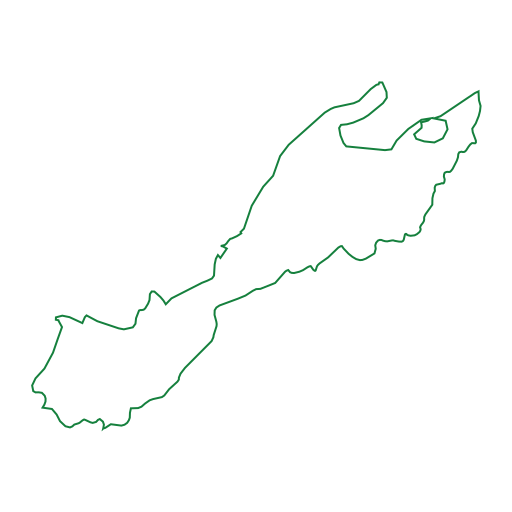 the border of Vlorë, rotated 92°
{"feature_id": "ALB-1504", "entity_name": "Vlorë", "entity_type": "County", "adm_level": 1, "iso_a3": "ALB", "parent_name": "Albania", "parent_adm1": "", "projection": "robinson", "projection_center": [19.787, 40.148], "detail": "fine", "context": "isolated", "style": "outline", "palette": "green", "viewbox_px": 512, "rotation_deg": 92, "n_neighbors": 0, "source": "natural_earth", "source_scale": "10m", "svg_char_len": 3574}
<svg xmlns="http://www.w3.org/2000/svg" viewBox="0 0 512 512"><g transform="rotate(92 256 256)"><path d="M433.8,402.7L433.3,402.6L429.8,402.1L426.9,403.2L424.4,406.4L425.3,408.2L427.4,410.0L428.5,413.4L428.0,415.6L425.8,420.8L425.4,422.1L426.3,423.6L428.9,426.6L429.5,427.9L430.8,431.7L432.7,433.6L433.8,435.9L432.8,440.5L427.9,446.1L421.4,449.7L416.0,454.6L415.0,464.0L411.9,462.3L408.8,461.3L405.8,461.3L403.0,462.3L400.2,465.2L399.8,468.5L400.0,471.6L398.8,473.9L393.2,475.2L386.0,472.1L375.9,463.5L359.7,455.5L345.7,451.2L333.8,447.4L328.1,450.8L327.1,451.2L326.7,453.8L324.3,453.8L322.4,447.5L323.6,440.3L329.1,427.2L323.1,424.9L321.3,423.3L326.7,412.3L333.1,390.7L333.9,385.5L331.6,376.6L327.9,374.1L322.4,373.7L314.6,371.0L314.1,369.9L314.0,368.2L313.6,366.4L312.2,364.9L307.4,362.2L303.8,360.9L297.8,360.7L295.1,359.0L295.1,356.3L300.3,350.1L303.8,346.9L307.4,344.5L301.3,339.0L284.7,309.1L282.4,303.8L280.0,299.2L277.1,297.3L265.8,297.0L260.2,296.0L256.4,294.1L259.2,291.5L249.6,285.4L248.2,288.2L247.6,289.4L247.2,291.5L246.1,287.6L244.4,285.8L242.2,284.4L239.8,282.4L239.3,280.7L236.8,275.7L233.9,271.5L232.6,272.3L229.1,269.0L205.9,262.0L186.5,251.2L175.2,241.7L155.3,235.4L143.7,227.2L110.3,192.3L106.4,186.4L104.7,182.8L99.9,163.7L97.4,158.5L85.1,147.1L80.8,141.7L80.2,140.0L80.2,139.5L78.2,138.8L78.2,135.8L87.6,131.3L93.3,130.8L98.8,134.4L111.3,148.6L114.6,153.4L119.3,163.5L121.2,169.7L122.0,175.6L125.2,177.4L132.6,175.8L140.0,172.5L143.3,169.6L145.7,130.8L144.7,124.4L135.7,119.5L123.7,108.2L114.1,95.4L112.3,86.2L114.7,88.9L115.7,92.0L116.6,95.7L119.5,95.0L122.1,95.0L128.9,102.2L133.3,99.9L135.6,91.9L136.3,81.7L131.9,73.4L122.7,69.0L114.2,71.2L112.3,83.0L109.8,76.4L85.5,42.9L83.7,39.4L83.8,39.4L92.6,38.6L98.2,36.8L103.3,37.2L108.3,38.3L115.8,41.0L121.2,44.3L124.7,43.7L133.0,40.3L134.9,40.2L135.7,40.9L135.7,42.1L135.6,43.1L135.7,44.2L137.1,45.8L139.3,47.4L143.2,49.7L144.6,51.2L144.9,52.8L144.6,54.4L145.3,56.5L147.1,57.4L150.3,57.6L153.7,58.6L162.0,62.5L164.1,64.0L165.2,65.2L165.3,66.3L165.2,67.6L165.4,68.7L166.2,70.3L167.8,70.9L170.1,71.0L172.8,70.1L174.5,70.2L176.1,70.6L176.7,71.1L177.0,71.7L176.7,72.6L177.4,74.3L178.5,78.4L179.7,79.3L181.5,79.8L184.8,79.5L187.4,80.8L192.1,81.7L198.6,81.6L208.6,88.2L211.0,89.2L212.3,89.3L213.7,89.2L215.1,89.4L216.8,90.2L219.1,91.9L220.8,92.8L221.8,93.0L222.7,92.6L223.6,92.4L225.0,92.7L226.4,93.5L228.6,96.0L229.8,98.2L230.4,102.2L230.1,104.2L229.7,105.6L229.1,106.1L228.7,106.6L228.7,107.3L229.3,107.9L234.5,108.9L235.8,109.6L236.6,110.9L236.6,113.6L236.0,117.9L235.6,119.3L235.7,120.7L236.8,125.4L236.7,127.5L236.2,129.6L235.6,131.2L235.6,133.0L236.3,134.6L238.5,136.4L241.1,137.2L244.6,136.6L249.3,137.7L254.8,146.1L256.2,149.5L256.5,152.0L255.6,155.8L253.5,159.6L250.6,163.5L245.5,168.7L243.1,170.5L243.3,171.8L244.7,174.0L254.9,183.9L261.2,192.2L262.8,193.8L264.2,194.7L268.4,195.9L268.8,196.4L268.7,196.9L267.7,198.3L264.9,200.4L264.2,201.0L264.5,202.3L265.5,204.2L268.5,208.5L270.2,212.1L271.7,217.4L271.6,219.8L271.0,221.4L268.9,223.3L269.7,225.1L270.7,226.4L282.3,235.9L288.7,250.5L289.1,254.7L290.9,258.0L295.9,265.1L299.3,272.6L306.7,290.7L308.9,293.8L311.7,295.4L316.3,295.4L323.2,293.3L325.4,292.9L327.5,293.0L336.4,295.5L338.8,295.8L342.6,297.4L370.2,323.0L376.2,327.3L380.2,328.8L382.2,328.8L384.3,330.1L392.1,338.1L398.6,342.8L400.3,345.1L402.6,353.9L403.9,357.2L407.3,361.7L410.6,365.2L412.1,368.5L412.6,375.7L417.1,376.5L422.0,376.5L424.5,377.3L427.2,378.9L429.2,381.5L430.2,384.6L429.2,395.2L433.0,400.6L433.7,402.6L433.8,402.7Z" fill="none" stroke="#15803d" stroke-width="2"/></g></svg>